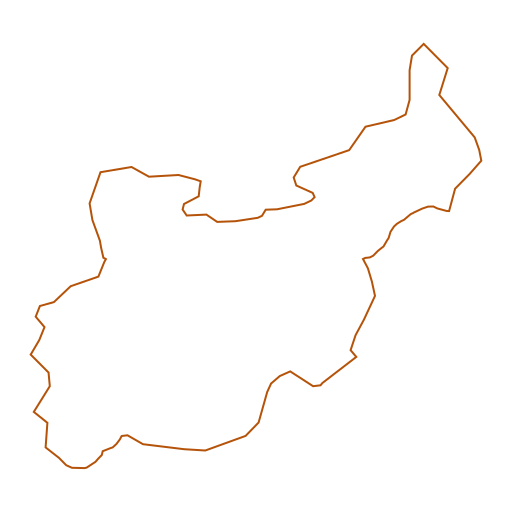 Koulikoro, Koulikoro, Mali (orthographic projection)
{"feature_id": "8926073B42356193702634", "entity_name": "Koulikoro", "entity_type": "district", "adm_level": 2, "iso_a3": "MLI", "parent_name": "Mali", "parent_adm1": "Koulikoro", "projection": "orthographic", "projection_center": [-7.329, 13.238], "detail": "fine", "context": "isolated", "style": "outline", "palette": "amber", "viewbox_px": 512, "rotation_deg": 0, "n_neighbors": 0, "source": "geoboundaries", "source_scale": "gbopen_adm2", "svg_char_len": 1726}
<svg xmlns="http://www.w3.org/2000/svg" viewBox="0 0 512 512"><path d="M178.5,175.0L149.0,176.7L131.5,167.0L100.5,172.2L89.6,203.4L92.4,220.0L99.9,240.7L101.1,247.7L103.4,257.8L104.9,258.5L105.9,259.1L104.3,262.0L98.4,276.6L70.7,286.2L53.9,302.1L39.9,306.0L35.7,316.7L44.5,327.1L39.3,340.0L30.7,354.6L48.6,372.6L48.7,374.2L49.8,386.2L33.8,411.9L47.4,422.8L45.6,447.4L53.0,453.2L59.0,457.9L66.2,465.2L72.0,467.8L81.0,468.0L84.6,468.1L86.7,467.6L92.3,463.9L95.4,461.9L98.2,458.7L101.8,455.0L102.7,451.2L106.8,449.6L107.0,449.5L109.8,448.4L111.2,447.9L112.7,447.4L116.2,444.2L116.5,443.9L118.2,441.6L119.8,439.5L121.6,436.1L122.4,435.9L127.5,435.3L143.0,444.2L184.1,449.2L205.3,450.5L245.6,435.9L258.6,422.5L267.2,392.0L271.1,383.5L279.7,376.1L290.2,371.4L313.1,386.2L320.5,385.3L322.4,383.0L356.3,356.9L350.6,350.2L355.6,335.1L363.9,319.7L375.0,295.9L371.9,281.6L367.9,268.3L363.0,259.0L365.3,257.9L366.5,257.8L369.9,257.4L373.2,255.7L376.9,251.9L377.9,250.9L381.5,248.0L383.5,246.5L387.1,240.3L388.6,238.1L390.5,231.8L394.0,226.5L396.8,223.9L397.9,223.2L401.4,221.0L403.9,219.9L410.5,214.3L410.9,214.0L413.0,213.1L413.5,212.7L422.2,208.6L428.1,206.6L433.4,206.5L437.2,208.4L440.9,209.4L445.7,210.7L446.8,211.0L449.1,211.1L449.3,210.3L455.1,188.7L469.5,174.1L481.3,160.7L479.2,149.9L474.7,137.4L439.3,95.0L447.7,68.1L423.7,43.9L412.0,55.6L409.6,70.2L409.6,99.9L405.6,114.5L394.2,120.0L365.5,126.7L349.2,150.1L300.2,166.8L293.7,177.5L296.3,185.5L312.7,192.9L314.6,197.1L311.3,200.5L304.2,203.9L277.0,209.3L265.7,209.7L262.0,215.8L257.8,217.8L235.5,221.2L217.2,221.9L206.4,214.6L186.7,215.5L182.6,209.5L184.0,204.0L198.7,196.3L199.7,187.3L200.7,181.3L195.0,179.3L178.5,175.0Z" fill="none" stroke="#b45309" stroke-width="2"/></svg>